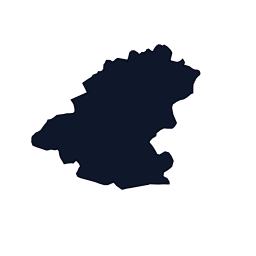 Al-Hawiga, At-Ta'mim, Iraq, rotated 329°
{"feature_id": "34846034B30595990417134", "entity_name": "Al-Hawiga", "entity_type": "district", "adm_level": 2, "iso_a3": "IRQ", "parent_name": "Iraq", "parent_adm1": "At-Ta'mim", "projection": "natural_earth1", "projection_center": [43.785, 35.263], "detail": "fine", "context": "isolated", "style": "filled", "palette": "ink", "viewbox_px": 256, "rotation_deg": 329, "n_neighbors": 0, "source": "geoboundaries", "source_scale": "gbopen_adm2", "svg_char_len": 2599}
<svg xmlns="http://www.w3.org/2000/svg" viewBox="0 0 256 256"><g transform="rotate(329 128 128)"><path d="M195.7,72.7L194.5,72.8L193.2,73.3L191.0,74.3L189.9,75.2L188.3,75.5L187.1,73.9L186.1,71.1L184.4,70.8L183.7,71.6L181.9,71.8L180.3,71.8L178.7,70.6L176.8,71.1L175.0,70.6L174.6,68.3L172.8,65.0L170.6,64.0L168.3,64.7L167.2,65.8L165.3,67.8L163.6,69.3L161.7,70.1L161.5,69.0L155.7,63.9L155.0,63.2L152.8,63.2L150.8,63.8L148.3,63.5L147.4,61.2L144.4,59.2L143.2,60.0L141.6,61.1L140.3,61.4L138.7,63.6L137.7,65.2L135.4,66.1L133.2,65.8L131.7,64.7L130.4,65.5L129.5,65.8L127.2,65.4L125.3,65.0L125.1,65.2L123.0,66.1L118.9,66.1L115.3,66.3L112.5,66.5L111.8,77.0L94.0,74.8L94.2,79.5L93.2,82.9L92.0,85.5L90.6,87.4L88.3,87.4L86.1,86.4L82.5,84.4L79.3,83.4L76.6,82.1L73.3,80.8L71.1,81.2L67.8,81.4L66.6,81.4L65.7,81.2L63.6,80.2L61.4,81.7L59.0,82.5L56.0,83.7L53.6,84.8L51.9,85.5L49.4,85.5L46.1,85.1L44.4,85.8L42.4,86.0L41.0,86.8L39.6,88.9L38.6,90.4L37.9,93.7L39.7,96.2L44.4,101.7L47.0,104.8L49.7,105.8L51.2,106.1L52.8,107.5L53.5,108.2L54.5,108.9L56.3,109.4L57.0,109.6L57.4,112.3L56.4,114.5L55.6,116.7L55.2,118.8L55.2,120.8L55.2,123.2L55.2,125.2L55.1,125.6L56.9,126.2L58.9,127.0L61.6,128.3L63.0,129.5L65.3,129.0L66.8,128.3L67.1,128.7L67.7,130.6L68.2,133.0L68.1,134.1L68.0,135.2L67.9,136.1L67.5,136.7L65.3,137.6L63.5,139.0L60.5,140.7L60.4,141.7L60.3,143.7L62.3,146.3L68.6,152.8L72.0,156.4L75.6,160.8L78.6,164.1L81.4,165.8L83.1,166.1L88.1,166.8L88.2,167.4L88.6,169.2L88.9,171.3L89.7,173.1L91.5,177.3L95.9,178.6L99.8,180.2L104.6,182.0L114.1,185.6L116.3,186.5L118.1,186.8L125.3,191.5L129.6,193.8L133.2,196.1L134.4,196.8L135.2,195.3L135.2,191.5L133.7,189.3L132.8,187.4L135.5,184.0L140.1,184.0L143.5,183.6L145.6,183.2L149.6,179.4L150.2,174.5L149.9,170.4L147.4,167.7L144.1,167.7L141.0,167.7L138.9,165.5L139.2,162.1L139.2,157.5L138.9,154.5L138.3,151.5L139.5,150.0L143.4,148.8L147.7,148.8L149.3,146.6L154.8,145.8L159.0,146.2L162.1,148.5L165.8,150.7L168.5,150.3L171.9,148.5L172.5,144.3L173.1,139.8L174.3,136.4L175.8,132.6L178.3,130.3L183.2,129.9L187.4,130.3L190.8,131.5L194.2,131.5L199.7,130.7L201.5,131.1L201.7,130.7L203.2,128.3L204.0,126.9L204.8,125.7L205.8,124.4L206.2,123.4L207.6,123.0L208.8,121.8L209.7,121.3L210.2,121.3L210.6,120.6L211.8,120.1L214.8,119.2L216.8,118.9L217.7,118.0L218.1,115.9L217.2,114.4L214.6,112.6L213.0,110.0L211.9,107.1L209.8,104.8L207.6,102.8L210.0,100.7L210.1,97.5L207.3,98.0L204.4,97.6L202.8,96.4L200.4,94.0L198.6,92.1L199.6,90.5L203.0,87.2L204.1,85.9L204.2,83.5L203.7,81.1L203.0,78.6L201.6,75.9L199.6,75.8L198.4,73.8L196.8,72.5L195.7,72.7Z" fill="#0f172a" stroke="#020617" stroke-width="1.5"/></g></svg>